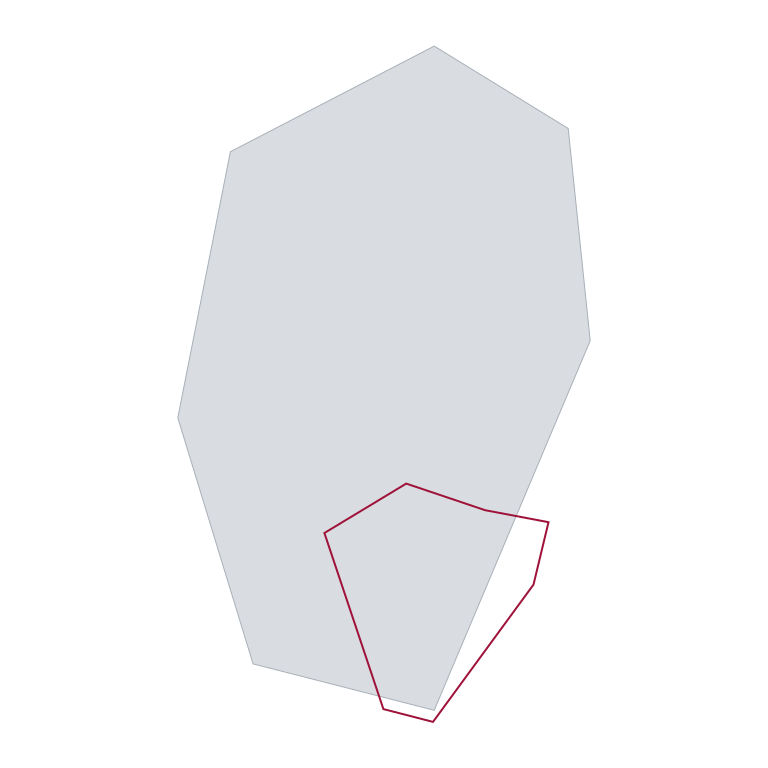 Meneng on a map of Nauru (Equal Earth projection)
{"feature_id": "NRU-4982", "entity_name": "Meneng", "entity_type": "state/province", "adm_level": 1, "iso_a3": "NRU", "parent_name": "Nauru", "parent_adm1": "", "projection": "equal_earth", "projection_center": [166.942, -0.541], "detail": "fine", "context": "in_parent", "style": "outline", "palette": "rose", "viewbox_px": 768, "rotation_deg": 0, "n_neighbors": 0, "source": "natural_earth", "source_scale": "10m", "svg_char_len": 380}
<svg xmlns="http://www.w3.org/2000/svg" viewBox="0 0 768 768"><path d="M590.2,340.7L434.2,710.3L253.1,663.9L177.8,417.8L230.4,151.7L434.2,46.1L568.2,128.5L590.2,340.7Z" fill="#d9dde1" stroke="#a8b0b8" stroke-width="1"/><path d="M548.5,522.2L533.5,584.6L433.0,721.9L383.4,709.1L324.4,533.0L406.2,483.6L485.1,510.2L548.5,522.2Z" fill="none" stroke="#9f1239" stroke-width="2"/></svg>